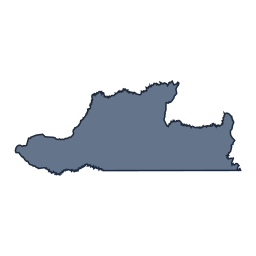 Paná-paná (Campo Alegre), Guainía, Colombia (Robinson projection)
{"feature_id": "7082276B62655490891692", "entity_name": "Paná-paná (Campo Alegre)", "entity_type": "district", "adm_level": 2, "iso_a3": "COL", "parent_name": "Colombia", "parent_adm1": "Guainía", "projection": "robinson", "projection_center": [-69.293, 2.063], "detail": "fine", "context": "isolated", "style": "filled", "palette": "slate", "viewbox_px": 256, "rotation_deg": 0, "n_neighbors": 0, "source": "geoboundaries", "source_scale": "gbopen_adm2", "svg_char_len": 5755}
<svg xmlns="http://www.w3.org/2000/svg" viewBox="0 0 256 256"><path d="M52.5,172.8L53.4,171.6L54.0,172.7L54.7,172.4L55.3,173.6L55.7,173.4L55.4,174.0L56.0,173.8L56.1,174.5L56.8,174.6L57.6,173.9L57.4,173.4L58.2,174.1L59.4,174.1L59.3,174.7L59.8,174.9L60.0,173.5L60.8,173.7L60.5,173.1L61.7,172.6L62.1,171.7L62.6,172.3L62.8,171.7L63.6,172.2L63.0,171.5L64.0,170.2L64.8,170.6L64.7,170.0L66.8,170.1L66.7,169.5L67.6,169.9L68.6,169.5L70.5,170.5L71.6,169.8L71.7,171.2L72.9,170.2L74.2,171.7L75.6,170.9L75.2,170.2L75.8,170.1L76.1,171.1L77.0,171.0L77.7,170.5L77.4,169.9L77.8,169.4L78.2,170.2L78.7,169.0L80.1,168.5L79.7,168.0L80.4,168.1L81.3,167.2L81.3,166.6L81.6,167.3L82.0,166.4L82.6,166.9L83.4,166.4L83.3,166.8L84.0,166.4L83.6,165.9L84.1,165.8L84.2,166.2L84.7,165.7L84.3,165.4L84.8,164.9L85.4,165.2L85.4,164.6L86.1,164.3L87.5,164.2L87.9,165.1L87.5,165.9L88.2,165.9L88.3,165.2L89.1,165.1L89.4,165.9L89.4,165.0L89.8,164.9L90.4,166.5L90.8,165.9L91.2,166.6L92.4,166.4L92.3,166.9L92.8,167.3L93.3,166.6L93.3,167.6L93.7,168.1L94.2,167.8L94.0,168.5L94.7,168.1L95.1,166.7L95.7,167.3L95.0,167.8L96.4,167.3L96.4,168.0L97.2,168.6L98.4,167.7L98.8,169.1L99.1,168.3L99.7,169.0L99.9,168.2L100.1,169.3L100.6,168.7L101.7,168.8L101.8,170.0L103.4,170.2L103.3,170.6L240.6,170.4L239.9,168.5L239.5,168.6L239.1,169.8L238.5,169.7L238.2,170.2L237.3,169.2L237.8,166.8L239.0,165.7L237.4,163.8L235.9,163.5L234.5,164.9L233.5,164.5L233.1,163.7L232.1,165.0L231.6,162.9L233.6,157.6L232.5,158.6L231.1,158.2L228.2,158.9L228.0,157.3L227.5,157.0L227.4,157.7L227.0,157.6L227.1,156.7L228.4,155.7L227.0,155.4L228.3,154.6L228.7,152.9L229.3,152.9L230.6,151.3L231.7,146.7L231.2,146.1L231.5,145.2L232.0,144.5L232.8,144.5L233.1,142.8L234.7,140.4L232.1,137.6L230.8,135.4L230.4,133.2L230.5,130.6L231.9,129.0L232.7,124.9L233.7,122.5L233.4,121.2L232.7,120.7L232.9,120.2L232.5,120.0L231.7,116.6L231.3,116.8L230.8,115.7L228.6,113.7L226.9,113.1L224.8,113.7L224.3,113.2L224.7,115.0L224.0,115.8L224.1,116.7L223.1,117.8L223.4,120.1L222.1,120.9L222.8,121.9L222.1,123.4L222.7,123.3L222.7,124.0L219.6,126.1L219.1,125.3L218.1,125.1L218.1,125.9L217.1,126.3L217.1,125.6L216.2,125.5L216.2,126.3L215.4,125.1L215.2,126.0L214.7,125.4L214.8,124.4L214.0,124.5L213.6,123.8L213.1,124.5L213.1,123.8L212.6,123.7L212.2,124.0L212.3,125.5L211.7,126.2L210.6,126.1L210.5,125.1L209.3,126.1L208.2,125.8L206.7,126.8L206.8,125.9L203.7,126.6L203.2,125.8L202.2,127.3L201.0,127.2L200.9,128.0L199.5,127.1L198.7,127.3L198.8,127.9L197.1,127.2L195.8,127.8L192.4,126.3L191.4,126.8L191.1,127.5L190.1,125.9L189.3,125.7L189.8,125.5L189.5,125.1L187.6,126.1L186.9,124.9L186.5,125.8L184.8,124.5L184.6,125.2L183.9,124.4L184.1,125.1L183.6,125.4L183.1,124.5L182.9,125.3L181.3,124.6L181.2,123.7L181.6,123.6L181.1,122.4L179.4,120.6L178.2,120.5L177.8,121.1L177.0,120.9L177.1,121.2L175.1,121.6L174.3,121.6L174.3,121.1L173.9,121.5L173.2,120.5L172.9,121.4L171.8,122.1L171.2,121.4L170.7,123.0L169.8,123.6L170.2,123.7L169.8,124.5L168.3,125.3L168.2,126.5L166.9,125.8L163.9,119.8L164.9,116.2L164.6,114.9L165.2,113.9L164.9,112.8L165.9,110.1L166.0,103.1L166.4,102.6L168.1,103.2L169.1,101.9L169.4,102.5L170.6,102.1L171.5,101.4L173.8,98.2L174.2,96.3L176.7,93.5L175.9,89.0L177.5,85.8L178.2,85.4L178.0,84.2L178.8,83.9L178.6,82.6L177.6,82.3L176.8,83.8L173.9,84.9L172.2,81.1L170.6,82.7L169.9,82.2L168.9,82.8L169.1,83.4L167.5,85.7L166.6,83.7L165.5,83.6L164.8,82.9L164.1,83.0L163.3,83.9L162.7,83.4L161.4,83.7L161.1,82.7L160.1,82.3L160.7,83.8L160.1,84.7L158.7,85.0L157.8,84.0L156.8,84.7L156.5,83.4L154.8,83.8L154.1,83.4L153.0,85.2L151.7,85.1L151.4,86.5L150.6,86.7L150.0,85.5L149.9,86.7L148.5,86.6L148.2,88.2L146.2,87.5L146.6,88.8L146.3,90.1L146.8,90.7L146.4,91.0L143.6,90.9L143.8,92.0L142.9,92.1L141.4,91.3L141.3,93.7L140.1,94.8L136.1,94.0L135.9,93.3L134.7,92.7L133.5,93.5L133.6,93.0L133.2,93.3L132.7,92.4L131.9,92.7L131.0,92.1L129.9,92.7L129.6,91.8L128.9,92.3L128.8,91.6L128.6,92.4L127.5,91.6L127.9,91.1L127.2,90.9L127.5,90.1L126.3,90.5L125.5,89.2L124.5,90.0L123.9,88.8L123.1,89.2L122.9,91.3L121.6,91.1L121.6,91.9L120.4,91.4L120.0,92.5L119.9,91.6L119.5,92.0L119.3,91.5L119.1,92.0L118.4,91.4L117.3,93.2L115.9,93.2L116.3,93.5L116.1,93.9L114.6,94.6L114.0,95.6L111.8,95.5L110.3,96.8L109.4,96.2L109.2,97.0L108.1,96.7L108.5,97.5L108.3,97.8L107.5,96.8L106.2,97.2L105.9,96.4L105.1,96.8L104.2,96.5L104.4,95.3L103.5,94.1L103.8,93.2L103.3,92.9L103.4,93.3L102.3,93.2L102.0,93.7L102.0,93.3L101.6,93.2L102.0,92.9L101.3,92.7L101.7,92.3L101.1,92.2L101.2,91.6L100.2,91.7L100.1,91.0L99.8,91.8L98.8,91.8L98.3,92.9L97.4,92.8L97.0,93.6L96.7,93.2L96.4,94.1L95.7,94.0L95.6,94.5L95.4,94.0L94.3,94.9L94.3,94.3L93.8,94.8L93.7,94.1L92.1,95.1L91.9,97.2L92.6,99.6L91.6,100.1L91.6,100.9L92.1,101.1L91.4,102.4L91.7,102.4L91.4,104.3L90.4,104.1L90.4,105.0L89.8,105.3L90.5,106.6L90.3,108.3L89.2,109.2L88.7,108.9L88.3,110.0L87.7,109.6L87.9,111.1L87.4,111.6L87.4,112.6L86.8,112.9L86.9,113.9L86.0,114.1L85.9,115.2L84.3,117.6L83.7,118.1L83.3,117.9L83.1,119.3L82.1,119.6L81.6,120.7L80.7,120.6L80.2,123.4L78.9,124.7L78.9,125.5L75.6,127.8L74.7,127.9L74.5,128.9L73.4,129.9L73.1,131.5L73.6,133.3L73.0,134.8L71.0,137.1L69.5,137.2L67.1,138.5L65.4,138.4L63.9,139.6L62.6,139.2L60.7,139.6L59.6,138.9L58.4,139.5L56.0,139.0L55.3,138.0L53.7,137.4L45.2,136.8L42.6,134.3L36.4,135.1L30.7,137.3L30.4,138.4L28.6,138.2L26.6,145.2L25.6,145.8L23.4,145.7L22.4,146.4L20.4,145.3L18.8,145.3L17.3,146.1L16.0,148.0L15.4,150.7L15.9,152.5L18.9,152.8L21.7,156.6L23.1,156.9L23.1,157.6L24.0,158.1L25.0,159.9L26.6,161.3L27.8,161.3L29.5,164.3L32.5,165.3L33.1,166.1L35.0,166.0L36.2,167.3L38.0,167.9L38.3,168.5L44.1,167.7L44.9,167.8L45.5,168.6L46.2,168.7L46.4,168.2L47.3,169.5L48.3,169.7L48.7,170.6L49.3,170.0L49.7,171.1L50.2,171.0L49.6,171.5L50.5,171.5L51.3,172.8L51.5,172.4L51.9,172.9L52.5,172.8Z" fill="#64748b" stroke="#1e293b" stroke-width="1.5"/></svg>